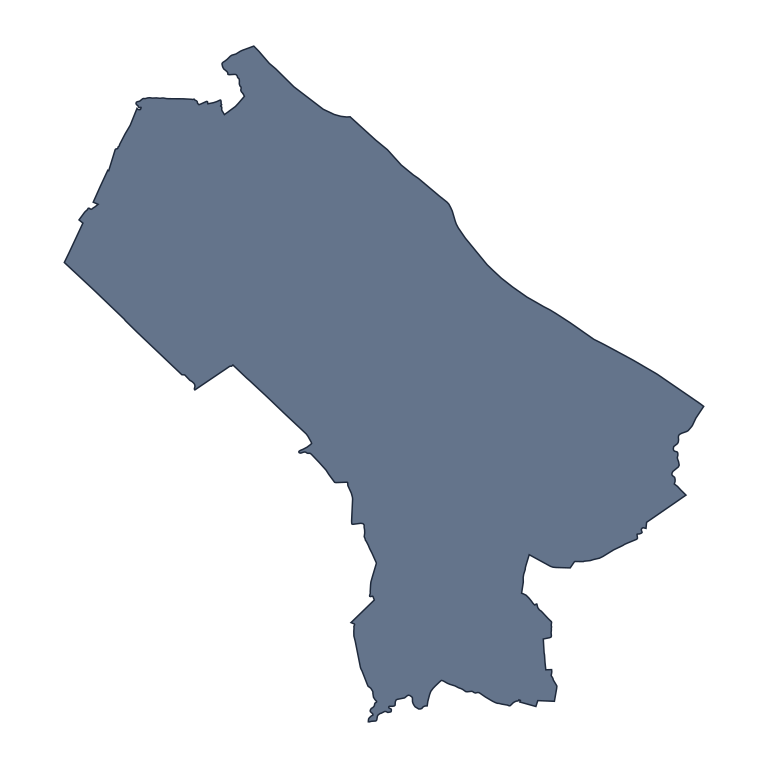 the district of O Mon, Can Tho, Vietnam
{"feature_id": "81297802B2084996388105", "entity_name": "O Mon", "entity_type": "district", "adm_level": 2, "iso_a3": "VNM", "parent_name": "Vietnam", "parent_adm1": "Can Tho", "projection": "mercator", "projection_center": [105.627, 10.124], "detail": "fine", "context": "isolated", "style": "filled", "palette": "slate", "viewbox_px": 768, "rotation_deg": 0, "n_neighbors": 0, "source": "geoboundaries", "source_scale": "gbopen_adm2", "svg_char_len": 6052}
<svg xmlns="http://www.w3.org/2000/svg" viewBox="0 0 768 768"><path d="M593.8,339.3L570.1,322.7L556.2,313.7L550.0,309.9L543.6,306.6L527.0,297.1L512.2,286.7L501.4,278.2L492.7,270.1L487.1,264.7L465.3,238.1L458.3,227.9L456.3,224.1L455.2,221.0L452.3,211.1L450.8,207.8L448.9,204.2L447.1,202.2L439.3,196.0L418.4,178.4L413.4,175.0L401.2,165.0L387.4,149.7L375.7,140.1L350.4,117.1L350.2,116.8L346.6,117.0L340.8,116.3L334.3,114.5L323.3,109.3L293.9,86.8L275.7,68.8L269.3,63.4L258.8,51.2L253.8,46.1L242.6,50.2L240.4,51.2L235.9,54.0L231.8,55.2L230.3,56.2L227.2,59.3L225.0,61.0L223.0,62.3L222.1,63.3L222.0,64.1L222.5,66.4L222.9,67.4L223.7,68.9L227.0,71.6L227.7,72.7L227.9,74.3L228.2,74.5L229.3,74.7L234.1,74.4L235.2,74.4L236.0,74.6L237.0,75.5L237.6,77.3L238.0,77.9L239.0,78.8L239.2,79.4L239.4,80.8L239.3,84.0L240.0,86.0L241.0,87.1L241.1,87.7L241.1,88.5L240.8,89.9L240.9,90.7L241.5,91.9L242.7,93.2L242.8,93.6L243.1,93.7L244.4,96.3L238.3,103.4L235.4,106.5L224.4,114.6L222.0,110.6L221.7,109.9L221.8,107.4L221.5,106.7L220.6,106.1L220.6,105.9L221.7,104.8L221.1,103.7L221.1,101.6L220.9,100.6L220.7,100.2L220.2,100.0L216.7,101.6L213.4,102.7L207.9,103.8L207.5,101.7L207.2,101.5L206.5,101.4L201.0,103.9L199.0,104.7L197.6,103.4L197.2,101.6L196.6,100.9L194.7,99.9L194.1,99.1L192.7,99.5L191.8,99.3L182.9,98.8L168.5,98.7L166.6,98.6L163.5,98.0L162.2,98.0L160.0,98.3L156.4,97.9L152.4,98.1L149.7,97.7L147.7,97.9L145.2,98.6L143.4,98.5L142.6,98.8L139.6,101.2L137.3,101.7L136.4,102.2L136.0,103.2L136.1,103.9L136.4,104.4L136.9,105.0L137.9,105.7L138.5,107.0L138.8,107.4L139.4,107.6L140.9,107.3L141.1,107.5L140.9,108.5L140.5,109.4L139.9,109.7L137.9,109.5L137.0,108.4L130.2,125.3L125.1,133.9L119.6,144.5L119.4,145.6L118.9,146.3L118.2,146.8L117.8,148.2L117.5,148.6L115.6,149.1L115.2,149.6L108.7,170.7L107.8,170.2L99.9,187.2L93.2,202.2L98.1,204.3L94.5,207.2L93.5,207.7L91.9,209.0L91.2,209.3L90.3,209.0L89.3,208.3L88.7,208.2L88.2,208.3L87.2,209.9L85.3,211.5L84.2,212.8L79.0,219.9L82.9,223.1L69.3,252.2L64.3,262.5L93.5,289.7L124.6,319.5L125.1,320.4L137.2,332.3L181.8,374.7L184.7,374.9L189.2,379.6L189.7,380.2L192.2,381.7L193.9,383.3L194.6,384.4L195.0,386.1L194.3,389.0L194.9,389.9L229.3,366.6L230.0,366.2L231.6,366.2L232.9,365.0L246.7,378.1L249.8,380.8L268.9,398.6L284.1,413.2L306.2,433.9L307.9,436.2L311.3,442.3L311.6,443.5L310.2,444.8L307.0,447.2L303.2,449.2L300.3,450.4L299.0,451.3L298.8,452.0L299.2,452.7L300.3,453.1L301.2,453.0L303.5,452.2L304.8,452.0L305.8,452.2L306.7,452.9L307.7,453.3L310.1,453.3L311.4,454.3L319.4,462.7L326.1,470.2L328.7,474.3L334.6,482.3L335.9,482.6L347.0,482.2L347.6,482.5L347.9,485.7L351.3,493.1L352.4,497.1L352.6,499.0L351.6,521.0L351.7,523.3L352.0,524.1L352.9,524.3L360.7,523.3L362.9,523.6L363.7,524.4L364.2,525.2L364.1,527.1L364.6,530.0L364.7,533.0L364.2,536.7L365.1,538.7L365.4,540.2L366.3,541.4L368.2,545.1L369.7,548.7L372.0,553.2L376.3,562.8L376.3,563.6L372.5,576.3L370.9,582.0L370.6,584.6L370.2,591.7L370.3,593.2L369.6,595.6L369.7,596.3L370.5,596.6L372.4,596.2L372.9,596.4L374.3,600.0L351.0,622.6L354.4,624.0L354.6,624.4L354.5,625.1L353.9,626.2L354.0,628.5L353.8,631.3L353.9,636.0L355.2,641.1L360.4,667.3L361.0,669.0L362.0,670.9L367.3,684.5L368.1,686.3L370.0,687.6L370.9,688.4L372.6,691.2L372.9,692.0L372.9,693.5L373.5,697.3L375.1,699.8L376.5,701.2L376.6,701.7L376.5,702.1L375.0,703.1L374.7,703.9L374.3,705.8L373.7,706.7L372.6,707.7L371.3,708.4L370.5,709.7L370.2,710.5L370.3,711.6L372.7,713.8L372.9,714.6L372.9,715.1L371.1,716.1L369.3,717.8L368.6,718.9L368.4,720.2L368.3,721.8L369.3,721.9L371.5,721.3L375.7,721.0L376.3,720.6L376.8,719.8L377.4,716.2L378.1,715.0L379.9,713.6L381.3,713.2L384.6,711.5L385.6,711.5L386.3,711.6L387.5,712.4L388.3,712.4L390.8,711.9L391.2,711.3L391.4,710.0L391.2,709.1L389.0,708.0L388.7,707.2L388.9,706.6L389.3,706.3L392.7,706.3L394.4,705.9L395.1,705.2L395.3,701.9L396.0,700.1L397.1,699.4L404.6,697.9L407.4,695.6L408.4,695.2L409.9,695.5L411.8,696.9L412.4,697.8L412.5,701.7L413.1,703.6L414.1,705.4L415.1,706.8L418.7,709.0L420.2,709.0L421.8,708.5L422.9,707.1L424.0,706.4L425.2,706.0L427.2,705.9L427.8,701.5L429.6,694.6L430.8,691.4L433.1,688.3L435.3,686.0L439.6,681.9L441.2,680.5L441.7,680.4L443.4,681.0L447.2,683.2L449.8,684.3L455.0,685.9L458.4,687.7L461.2,688.7L462.8,689.5L465.7,691.6L467.1,691.8L471.7,691.3L472.7,691.6L473.8,692.4L475.3,693.0L477.7,692.5L479.2,692.7L485.4,697.0L492.5,701.2L495.4,702.6L497.3,703.3L499.0,703.4L501.7,704.1L507.5,705.1L509.1,705.8L509.8,705.8L510.3,705.6L513.4,702.6L515.1,701.6L516.5,701.1L517.9,701.0L518.6,700.5L518.9,699.8L520.4,700.4L519.8,702.0L535.9,706.5L537.8,700.6L554.4,701.3L556.6,688.8L556.9,686.1L555.9,684.3L553.3,680.0L553.0,678.7L552.4,677.4L551.5,676.2L551.2,675.4L551.7,672.8L551.8,671.4L551.6,669.6L545.8,669.8L545.0,662.3L544.5,654.8L544.1,652.8L543.3,639.0L549.6,637.7L550.9,637.2L551.3,636.5L551.4,635.7L551.1,632.7L551.4,630.0L551.3,628.3L551.6,626.8L551.3,626.1L551.3,624.4L551.6,622.3L551.4,621.7L548.1,618.5L541.3,611.2L539.4,609.9L537.7,607.5L536.9,604.1L536.3,604.0L534.8,605.0L534.1,604.5L532.9,603.2L531.5,601.2L529.0,598.1L526.1,595.2L523.2,593.8L521.6,593.2L523.3,582.1L523.2,577.4L523.7,574.3L525.2,569.6L525.4,567.5L526.0,565.3L529.2,554.7L550.4,566.3L553.0,567.2L556.0,567.5L570.2,567.9L574.3,561.9L574.9,561.5L583.4,561.6L584.2,561.2L590.2,560.6L593.7,559.5L599.4,558.2L602.9,556.5L613.6,549.9L622.8,545.5L624.5,544.4L627.4,543.1L636.4,539.4L637.0,539.0L637.5,538.1L637.0,534.5L637.2,534.1L639.5,533.9L640.8,533.4L641.6,533.0L642.1,532.3L641.3,530.0L641.4,529.2L642.1,528.2L643.1,527.7L646.0,528.4L646.6,522.3L686.0,495.1L680.7,489.9L677.5,486.4L674.3,484.0L675.1,481.3L675.1,479.2L674.6,477.3L672.7,475.8L671.9,474.8L671.9,473.5L672.8,471.5L678.4,466.9L679.2,465.1L678.6,461.8L677.6,459.1L677.3,457.7L677.9,455.1L677.8,453.0L677.1,451.9L674.4,451.1L673.6,450.2L673.3,448.9L673.7,446.6L677.5,443.6L678.3,442.0L678.6,439.7L678.4,437.6L678.5,435.9L679.4,434.5L681.6,433.3L686.7,431.5L688.2,430.6L691.8,426.4L692.5,425.3L695.9,418.1L703.7,406.4L700.3,403.8L657.2,374.2L633.2,360.2L604.5,344.7L593.8,339.3Z" fill="#64748b" stroke="#1e293b" stroke-width="1.5"/></svg>